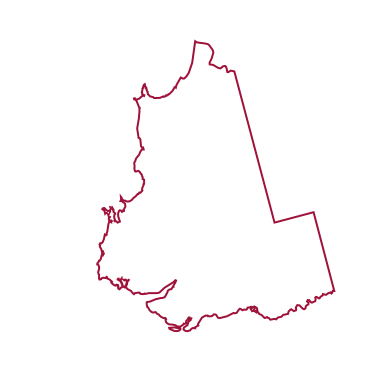 West Daly, Northern Territory, Australia, rotated 345°
{"feature_id": "25037944B73531494726593", "entity_name": "West Daly", "entity_type": "district", "adm_level": 2, "iso_a3": "AUS", "parent_name": "Australia", "parent_adm1": "Northern Territory", "projection": "albers", "projection_center": [129.851, -14.087], "detail": "fine", "context": "isolated", "style": "outline", "palette": "rose", "viewbox_px": 384, "rotation_deg": 345, "n_neighbors": 0, "source": "geoboundaries", "source_scale": "gbopen_adm2", "svg_char_len": 6012}
<svg xmlns="http://www.w3.org/2000/svg" viewBox="0 0 384 384"><g transform="rotate(345 192 192)"><path d="M264.1,86.5L260.9,84.8L258.0,85.6L257.2,85.3L257.4,80.7L257.1,79.4L256.5,78.8L254.6,78.6L251.5,80.0L249.3,78.8L245.3,74.7L242.1,73.3L242.4,71.7L245.6,68.0L248.7,62.9L248.7,60.2L246.6,54.6L245.6,53.3L243.0,51.9L236.7,49.3L235.2,48.5L234.1,47.2L225.6,67.3L219.7,76.1L216.9,78.6L214.1,80.3L212.7,80.2L210.8,78.5L204.7,84.6L203.4,87.0L202.9,86.3L202.4,86.2L199.6,89.1L195.5,91.5L194.5,91.4L193.6,92.3L192.8,92.3L192.2,91.8L191.3,92.7L189.4,92.7L189.4,92.3L188.1,92.3L185.4,92.8L179.7,91.4L178.9,90.2L176.4,88.9L174.9,86.5L174.7,84.9L175.1,84.0L174.6,82.3L174.9,81.0L174.2,80.0L174.8,79.2L174.1,78.5L174.2,77.9L173.8,77.4L174.3,76.8L174.3,75.6L173.3,76.0L171.9,77.9L171.8,78.8L170.9,79.2L170.7,80.3L169.3,82.7L169.6,83.3L169.2,84.4L170.4,85.9L171.0,86.2L170.6,86.8L170.0,86.2L168.4,86.5L165.4,88.1L162.6,88.4L161.7,88.2L161.2,86.8L160.2,86.6L160.1,87.6L161.2,88.1L162.0,89.6L162.8,96.5L163.3,97.3L162.8,97.7L162.1,100.6L159.7,107.2L155.5,116.4L154.4,125.9L155.3,126.4L155.7,128.0L154.6,134.6L155.3,136.1L156.3,136.3L156.3,138.4L154.5,138.0L152.6,139.6L150.6,142.3L146.7,145.1L145.2,147.4L143.7,148.9L143.2,152.3L142.4,154.5L142.3,157.1L142.7,157.6L145.8,157.8L146.9,159.4L147.1,160.7L148.0,162.0L147.8,163.5L148.2,164.7L147.7,166.7L148.9,167.7L147.8,171.8L147.1,171.9L146.7,173.2L145.2,174.9L144.1,177.5L144.3,177.9L141.9,179.4L141.0,178.9L139.7,180.1L139.1,179.8L136.4,181.6L133.7,182.7L132.0,184.0L129.4,184.8L127.3,184.6L125.9,183.8L125.5,183.2L123.9,182.7L122.4,180.6L122.6,179.4L122.1,178.2L121.6,181.0L120.6,182.2L121.8,182.6L124.3,185.9L123.9,188.8L121.6,191.3L121.4,192.7L120.6,192.7L120.6,192.0L120.3,192.0L119.2,193.0L118.7,191.7L117.5,191.0L116.6,191.4L115.1,193.5L114.4,196.4L114.7,201.9L112.2,202.3L111.6,201.1L110.9,200.5L110.1,200.5L109.7,199.7L110.4,198.5L110.2,196.9L110.5,195.5L111.2,193.9L112.1,193.4L112.2,192.7L111.0,191.0L111.6,189.0L111.0,186.8L110.8,187.2L110.7,186.6L109.2,185.7L109.3,186.3L109.9,186.2L109.7,186.8L107.9,188.5L108.1,189.3L107.6,189.9L107.8,188.8L105.9,188.6L104.5,187.2L103.3,184.9L101.9,184.6L100.9,185.3L101.6,186.2L101.7,185.9L102.0,186.0L102.5,186.8L102.5,190.4L103.1,189.9L104.2,190.2L105.1,191.3L105.3,194.7L106.2,195.0L105.7,195.8L105.8,195.2L105.1,195.3L104.5,197.3L105.0,198.0L106.0,198.7L106.0,198.4L106.4,198.5L107.0,199.2L106.3,199.3L106.1,200.3L105.0,199.3L104.2,199.3L102.7,201.9L100.0,208.2L98.6,210.2L98.6,211.2L97.3,211.6L96.7,210.7L94.7,214.7L92.9,217.1L91.3,218.2L90.2,217.7L89.1,218.8L89.4,219.8L88.8,220.9L89.6,223.8L89.5,226.6L90.2,225.9L90.7,226.2L90.0,227.2L90.3,228.2L90.9,228.4L90.9,228.7L90.6,229.0L90.7,228.6L89.3,228.2L86.3,233.4L85.1,234.4L84.3,234.3L83.1,236.0L82.1,236.4L81.7,237.5L82.7,238.3L82.9,240.2L82.3,242.3L80.6,245.2L80.5,247.0L80.8,248.0L79.8,251.7L80.0,252.6L81.7,252.7L82.2,252.0L83.9,251.8L87.2,253.1L87.8,252.3L87.2,251.6L87.1,251.2L87.9,252.2L87.6,253.4L89.8,255.3L91.1,257.3L90.7,257.3L90.7,258.9L91.0,259.4L91.3,259.2L91.5,260.4L93.5,262.5L95.3,262.0L95.6,262.2L95.0,262.4L95.8,263.3L96.1,263.0L96.4,263.3L96.5,264.0L95.8,264.4L96.2,265.7L95.8,266.2L96.8,267.2L98.7,266.0L99.6,265.9L100.5,264.7L100.2,261.2L99.5,259.2L96.9,256.7L98.4,257.5L98.8,255.8L98.7,257.6L99.7,258.8L101.7,257.2L101.6,257.8L100.3,258.5L100.0,259.0L100.7,261.1L101.0,265.5L101.9,266.5L104.4,264.6L106.1,261.2L104.9,259.6L103.8,259.9L103.3,259.1L105.3,259.5L106.5,261.2L109.0,260.1L107.3,261.2L107.9,261.7L107.1,261.4L106.4,261.7L105.2,264.6L102.9,266.9L104.0,267.7L104.4,268.9L107.4,271.7L108.7,274.7L109.5,275.7L110.5,274.9L114.9,275.4L115.5,276.0L115.4,276.6L116.6,277.5L119.1,278.1L119.7,277.8L120.0,278.2L121.4,278.4L124.2,278.5L131.8,280.6L134.5,280.7L140.6,277.4L150.7,274.3L153.1,272.9L153.7,273.4L152.4,275.2L149.6,277.9L149.6,278.8L148.8,278.7L147.0,280.5L145.1,280.3L143.1,281.1L142.1,282.8L138.5,286.5L136.2,286.7L134.0,286.3L128.8,286.2L123.0,287.0L120.1,286.6L119.5,287.2L119.1,289.3L119.1,291.7L119.6,292.0L120.5,295.3L121.9,297.5L123.3,298.4L125.8,298.6L126.5,300.2L128.3,301.9L128.8,303.2L130.2,305.0L131.8,306.3L133.7,306.9L134.1,308.1L133.3,308.5L133.3,310.9L133.9,312.2L135.7,314.0L138.6,314.9L141.5,316.4L142.6,317.8L145.8,319.1L148.8,318.0L150.0,317.0L150.5,317.5L152.8,317.2L152.6,316.1L153.0,315.1L154.8,314.0L156.2,312.4L156.9,312.5L156.6,313.6L157.3,314.2L158.6,313.7L159.0,313.1L158.9,313.6L158.3,314.0L157.9,314.7L156.1,314.6L155.7,315.6L156.4,315.8L154.8,316.6L153.2,319.4L149.2,320.8L148.4,322.0L148.3,322.8L149.9,324.6L151.8,325.3L154.5,325.1L155.8,324.1L157.4,323.6L159.4,324.3L159.2,323.7L163.5,322.6L163.3,322.0L163.7,321.0L169.1,315.9L172.9,314.9L175.1,315.4L175.2,316.1L178.4,317.0L179.7,316.9L181.1,315.9L182.5,316.1L183.5,316.9L184.5,320.0L185.5,320.8L186.4,321.0L193.6,321.1L200.8,319.6L202.1,320.3L203.8,320.3L207.3,317.4L208.0,317.2L208.7,317.6L210.1,319.3L211.7,319.0L213.8,319.7L214.5,319.6L215.8,318.1L218.2,318.4L219.1,318.1L220.1,318.5L220.3,319.1L220.1,319.6L218.5,320.2L219.2,322.7L220.6,322.7L222.7,320.4L221.9,319.2L222.0,318.8L222.6,318.7L224.4,320.6L224.7,321.1L224.5,323.2L223.0,323.3L222.0,323.8L223.2,325.2L224.0,324.9L224.8,325.3L225.4,327.3L227.2,328.6L229.5,332.4L230.6,332.6L232.1,332.2L232.6,333.0L233.6,333.6L234.6,335.6L238.8,335.9L240.4,336.8L242.3,335.5L246.2,335.6L248.3,334.3L253.2,334.6L254.4,332.4L256.9,331.0L257.6,331.0L259.5,333.4L261.8,333.2L262.3,332.3L262.4,330.4L264.5,328.5L266.6,329.4L268.6,333.1L269.9,334.2L270.5,334.2L271.6,333.6L272.1,332.2L272.9,331.3L275.3,330.7L275.9,328.9L274.8,327.5L275.8,326.3L277.3,326.9L278.2,329.0L279.2,329.9L282.8,329.3L283.6,327.8L283.7,326.0L284.3,325.5L285.1,325.5L286.9,327.5L287.7,327.7L289.1,326.4L291.5,325.7L292.0,324.5L294.8,326.0L297.1,325.1L299.9,324.8L300.2,324.9L300.1,325.8L300.5,326.2L301.2,325.8L302.4,323.9L303.8,324.4L304.2,243.0L263.8,242.9L264.1,86.5ZM138.6,321.4L140.7,322.3L143.3,322.6L145.2,321.8L145.4,321.0L140.1,318.3L134.8,317.3L134.8,318.3L138.6,321.4Z" fill="none" stroke="#9f1239" stroke-width="2"/></g></svg>